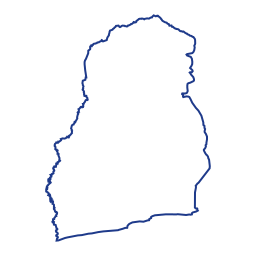 outline of Ban Chang, Rayong, Thailand
{"feature_id": "78962969B38445835691017", "entity_name": "Ban Chang", "entity_type": "district", "adm_level": 2, "iso_a3": "THA", "parent_name": "Thailand", "parent_adm1": "Rayong", "projection": "orthographic", "projection_center": [101.027, 12.738], "detail": "fine", "context": "isolated", "style": "outline", "palette": "blue", "viewbox_px": 256, "rotation_deg": 0, "n_neighbors": 0, "source": "geoboundaries", "source_scale": "gbopen_adm2", "svg_char_len": 5610}
<svg xmlns="http://www.w3.org/2000/svg" viewBox="0 0 256 256"><path d="M193.4,37.0L192.4,36.8L191.6,36.0L189.8,35.6L189.1,34.9L187.3,34.2L187.1,33.7L185.5,33.1L183.5,31.5L182.4,31.7L181.7,31.2L180.5,31.2L179.9,30.9L178.5,29.4L177.6,29.1L176.2,29.0L175.8,28.6L174.6,28.3L173.1,26.9L172.1,26.9L171.5,25.5L169.4,25.7L168.8,24.1L167.5,23.7L166.7,22.7L164.9,22.2L162.5,20.8L162.0,20.2L161.6,19.4L161.2,19.2L160.9,18.5L159.5,17.1L158.5,16.4L158.0,15.8L157.3,15.7L157.0,16.1L156.6,16.0L155.7,16.3L153.7,15.4L152.2,16.8L152.0,17.4L150.6,17.6L149.0,18.6L147.0,18.4L144.7,18.9L144.2,19.3L143.7,18.9L141.9,18.5L141.5,18.8L140.0,18.7L138.7,19.1L138.3,19.6L136.4,21.0L136.3,21.8L135.8,22.3L134.6,22.5L134.5,22.2L133.7,22.0L133.0,23.0L132.1,23.8L130.9,24.1L130.7,24.5L128.8,25.4L128.0,25.5L127.5,26.3L126.8,26.5L125.6,26.1L124.9,26.1L124.6,25.8L122.6,25.6L121.5,26.0L120.8,26.7L120.0,27.1L119.5,26.9L118.5,25.6L116.0,25.9L115.4,27.0L114.5,27.5L114.1,28.2L112.9,29.0L112.5,29.7L110.0,30.6L109.5,32.0L109.5,32.7L108.9,34.5L108.9,35.3L107.4,37.5L106.7,40.1L103.0,41.4L102.5,41.2L102.1,40.3L101.7,40.1L101.1,41.1L99.4,41.8L98.9,42.3L97.3,42.5L96.7,43.2L95.9,43.3L95.0,43.7L94.2,43.7L93.6,43.9L93.2,44.3L93.0,44.9L91.4,45.3L91.6,46.0L90.9,45.9L90.2,46.5L90.1,47.3L90.4,47.8L90.2,48.2L90.1,49.3L88.3,50.6L88.2,53.3L86.0,58.8L85.0,60.5L84.6,62.0L84.6,64.3L85.2,70.3L86.3,77.4L85.7,77.4L85.3,79.8L82.8,80.7L82.4,83.2L82.8,84.2L82.8,85.1L83.5,86.3L83.1,87.4L83.2,88.5L82.9,88.8L83.0,89.5L82.7,89.8L83.6,90.8L84.0,91.7L83.8,92.6L84.2,93.2L84.0,94.3L84.4,95.2L84.3,95.8L84.7,96.0L85.7,95.7L86.3,95.8L86.3,96.1L86.1,96.5L87.3,97.8L87.3,98.9L87.5,98.9L87.7,99.4L87.6,99.9L87.2,100.1L86.2,99.9L85.6,100.3L84.9,101.9L84.0,103.0L83.6,104.0L83.0,104.0L83.3,104.9L83.1,105.7L83.3,106.3L83.0,107.1L82.2,107.3L82.1,107.0L81.4,106.8L80.8,106.9L79.4,108.7L78.5,109.2L78.9,110.0L78.7,111.4L78.9,111.9L77.8,112.2L77.6,112.6L78.3,113.8L77.7,114.8L77.1,117.3L77.3,118.4L75.9,120.9L75.2,121.6L74.6,121.8L74.5,122.2L75.0,122.5L74.1,123.5L73.6,124.5L73.1,124.5L71.9,125.4L71.1,128.5L71.8,129.6L71.7,130.5L72.1,130.9L71.8,132.4L72.0,133.0L70.3,135.0L69.0,135.8L69.2,136.6L68.8,137.0L68.8,137.4L68.1,137.5L67.1,136.7L65.8,138.2L64.4,138.6L62.5,138.4L60.9,139.0L61.3,139.7L61.0,140.3L59.0,141.8L58.2,141.6L57.8,142.8L56.3,142.4L56.0,143.1L55.0,143.9L54.6,145.2L54.9,145.8L54.8,146.3L55.3,146.6L55.5,147.1L55.3,149.2L56.0,149.8L56.5,149.7L56.7,150.5L57.3,150.2L57.6,150.4L57.2,151.4L57.7,152.8L57.5,153.8L58.6,154.1L58.4,155.4L59.5,158.1L59.3,160.1L59.9,160.4L60.1,160.7L59.7,161.1L59.1,161.0L59.0,161.6L57.5,162.2L57.4,162.7L57.8,163.1L57.6,163.7L56.9,163.3L56.2,163.5L56.2,165.2L55.9,166.7L54.6,166.4L54.6,167.0L53.8,167.1L53.7,167.8L53.2,168.1L53.2,168.7L54.1,169.8L54.3,170.6L54.2,170.9L53.6,171.2L53.3,171.9L53.5,173.3L52.7,173.9L52.0,173.9L51.7,174.1L51.7,174.6L50.7,174.9L51.0,175.2L51.0,175.6L51.5,176.1L51.4,176.7L49.9,177.6L50.0,178.8L50.5,179.0L50.4,179.4L49.6,179.8L49.5,179.4L48.5,179.1L48.2,179.9L48.4,181.7L48.7,181.8L49.9,181.1L50.7,182.6L48.9,184.2L48.5,184.4L48.1,185.2L47.6,185.4L47.5,185.8L46.9,186.4L46.7,187.3L47.2,187.3L47.4,187.5L47.2,188.9L46.7,188.7L46.2,189.2L46.2,191.5L47.2,192.0L47.4,192.3L47.7,192.3L48.4,193.2L48.8,193.4L48.8,194.0L48.4,194.9L49.9,194.7L50.1,195.3L49.4,195.8L49.4,196.1L49.7,196.6L50.5,197.0L50.8,198.9L51.1,198.6L51.0,198.1L51.6,198.5L51.2,199.8L51.7,200.0L50.8,200.8L50.3,200.3L50.4,201.4L50.9,201.9L51.4,201.3L52.4,201.6L53.0,201.5L53.1,202.1L52.8,202.7L52.5,203.8L53.5,204.3L53.9,204.7L54.0,206.2L53.9,206.7L54.5,207.6L53.9,208.0L53.9,208.8L54.3,209.0L54.2,209.5L54.8,210.1L55.0,211.3L55.6,212.1L56.5,211.9L57.1,212.8L57.0,213.9L56.3,214.6L56.2,215.0L56.3,216.0L55.8,216.0L55.5,216.2L55.2,217.0L54.2,218.2L54.2,219.1L53.7,219.3L53.0,219.3L53.1,221.1L52.4,221.6L52.4,221.8L52.6,222.4L53.1,222.6L53.4,222.5L53.8,221.9L54.0,222.0L53.8,223.0L53.9,224.6L55.6,224.9L56.5,228.2L57.0,228.5L57.4,229.1L57.2,229.6L56.4,229.9L55.9,230.9L56.2,231.9L57.4,232.7L57.8,233.5L57.7,234.1L56.2,235.3L56.4,236.2L57.6,236.6L57.9,237.3L57.8,237.7L57.0,238.6L56.6,240.6L58.5,240.4L65.0,238.0L67.5,237.4L77.9,235.4L81.8,235.1L88.4,233.7L91.9,233.4L98.2,232.1L103.3,231.4L118.1,230.2L118.7,229.9L122.7,228.8L125.2,227.9L127.2,227.8L127.5,225.9L128.2,225.0L129.3,223.9L132.4,222.4L139.6,221.4L143.5,221.7L147.6,220.4L149.1,220.2L149.3,219.0L151.1,218.1L151.1,217.0L152.3,216.2L154.9,215.3L166.1,214.3L176.4,214.4L177.7,214.2L186.1,215.0L189.2,214.5L190.6,214.7L191.9,214.4L191.9,213.2L192.7,212.5L196.2,211.5L197.8,210.6L197.4,210.0L197.3,208.7L197.0,208.4L196.5,208.6L195.8,208.4L194.9,207.6L195.0,192.4L195.8,188.3L196.0,186.9L195.7,185.8L197.5,183.5L198.5,182.8L209.6,168.4L209.8,166.2L209.1,160.0L208.9,159.2L208.4,158.6L208.0,156.7L207.1,155.3L206.2,154.6L205.1,152.9L203.9,150.5L203.9,149.6L205.1,148.3L205.9,146.5L205.6,145.2L206.4,144.2L206.4,142.8L207.0,139.4L207.0,136.6L205.9,133.9L204.7,132.2L204.6,131.2L205.1,129.0L204.5,128.0L204.4,125.8L203.4,125.0L203.3,122.4L201.4,115.7L198.4,110.6L195.9,107.9L192.2,102.7L190.6,99.3L189.3,97.0L188.4,96.6L186.4,96.4L183.3,97.1L183.0,96.6L183.2,95.1L182.1,94.2L182.2,93.5L182.5,93.4L185.1,93.5L186.5,93.1L187.0,92.7L187.7,91.0L187.3,87.7L187.3,85.2L187.6,83.8L188.4,83.2L190.2,82.7L193.1,81.3L193.7,80.9L194.0,80.3L194.0,79.2L193.3,77.1L191.0,74.5L190.4,73.3L189.7,72.6L190.0,72.3L191.9,72.2L192.7,71.1L192.3,70.1L190.1,68.0L191.5,65.8L192.2,64.2L192.3,61.8L191.9,58.8L190.8,56.9L187.1,55.5L186.5,54.6L187.1,54.1L192.3,53.1L193.4,52.0L194.2,50.3L194.7,47.5L194.3,45.7L195.0,44.3L195.2,43.5L195.1,40.0L194.8,38.9L193.4,37.0Z" fill="none" stroke="#1e3a8a" stroke-width="2"/></svg>